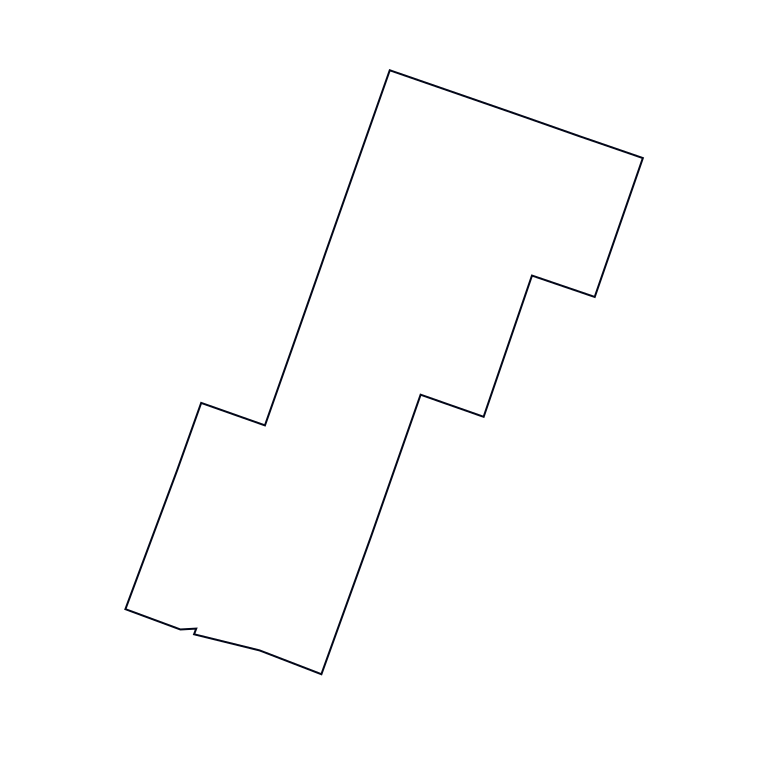 Shawano, Wisconsin, United States of America, rotated 109°
{"feature_id": "52423323B34818409235520", "entity_name": "Shawano", "entity_type": "district", "adm_level": 2, "iso_a3": "USA", "parent_name": "United States of America", "parent_adm1": "Wisconsin", "projection": "natural_earth1", "projection_center": [-88.716, 44.807], "detail": "fine", "context": "isolated", "style": "outline", "palette": "ink", "viewbox_px": 768, "rotation_deg": 109, "n_neighbors": 0, "source": "geoboundaries", "source_scale": "gbopen_adm2", "svg_char_len": 425}
<svg xmlns="http://www.w3.org/2000/svg" viewBox="0 0 768 768"><g transform="rotate(109 384 384)"><path d="M85.5,480.7L279.4,482.0L291.4,482.0L382.1,482.5L461.9,483.1L461.4,550.7L532.8,551.5L681.1,555.2L682.4,496.6L676.4,481.9L682.5,482.1L676.4,414.9L678.8,348.7L532.4,346.6L382.2,345.9L382.6,279.1L233.3,279.4L233.1,213.1L86.1,212.8L86.1,279.3L85.7,346.0L85.5,480.7Z" fill="none" stroke="#020617" stroke-width="2"/></g></svg>